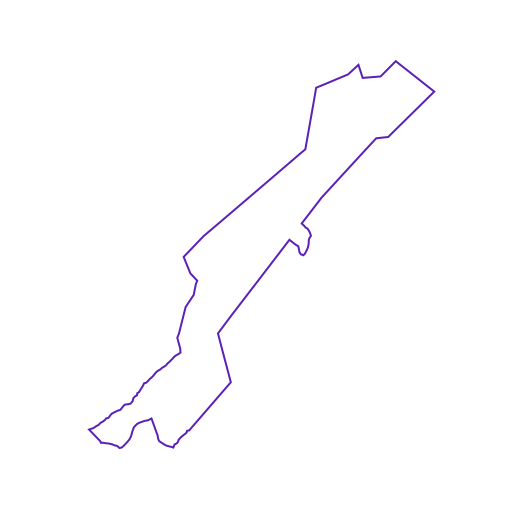 outline of Ribeira do Piauí, Piauí, Brazil, rotated 44°
{"feature_id": "56859067B13441399053941", "entity_name": "Ribeira do Piauí", "entity_type": "district", "adm_level": 2, "iso_a3": "BRA", "parent_name": "Brazil", "parent_adm1": "Piauí", "projection": "equal_earth", "projection_center": [-42.577, -7.944], "detail": "fine", "context": "isolated", "style": "outline", "palette": "violet", "viewbox_px": 512, "rotation_deg": 44, "n_neighbors": 0, "source": "geoboundaries", "source_scale": "gbopen_adm2", "svg_char_len": 1978}
<svg xmlns="http://www.w3.org/2000/svg" viewBox="0 0 512 512"><g transform="rotate(44 256 256)"><path d="M256.5,496.8L272.7,497.4L274.3,498.1L275.5,496.7L277.7,495.3L280.4,493.1L283.6,491.3L286.1,490.3L288.0,489.1L291.3,488.9L292.4,487.1L292.7,484.6L292.7,482.5L292.6,479.1L292.4,476.0L291.8,473.8L290.9,471.6L289.5,469.1L287.9,465.9L287.1,463.7L287.1,459.5L287.7,457.6L288.5,455.7L290.3,452.3L291.3,450.7L292.4,449.3L293.7,445.5L310.2,453.6L312.6,455.5L314.9,456.4L317.9,455.9L319.5,455.6L322.1,455.0L323.8,454.4L327.9,452.0L329.6,451.2L328.3,448.1L329.2,445.7L328.9,443.6L328.0,442.0L327.9,438.4L328.2,435.9L328.8,431.3L327.8,429.7L329.1,427.9L328.6,419.1L325.6,364.3L298.8,348.1L282.4,338.1L279.5,315.0L274.5,270.8L268.8,221.1L276.1,220.4L277.6,220.1L279.8,219.6L283.2,222.1L285.2,223.3L287.2,223.6L289.6,222.5L289.5,220.0L288.3,216.1L287.4,213.8L285.8,211.2L284.4,209.5L282.8,207.7L282.0,206.0L281.5,203.3L278.9,201.9L276.6,201.1L274.0,200.5L271.9,201.1L270.1,200.8L266.3,200.9L262.6,168.3L261.2,111.9L260.7,87.8L268.4,78.6L270.0,13.9L252.3,15.7L250.9,15.8L221.2,18.8L220.9,40.3L209.0,53.8L196.9,47.3L196.1,61.4L182.4,93.2L192.2,107.6L217.4,145.0L216.8,150.3L212.0,201.1L205.9,264.1L205.7,266.2L204.5,277.8L204.6,306.9L220.9,314.1L225.4,314.3L230.9,314.6L232.2,317.9L238.2,327.2L240.8,341.5L243.7,346.6L254.4,365.2L256.2,369.5L261.7,372.8L265.5,375.0L268.8,378.0L268.3,380.6L267.5,383.0L267.2,385.3L267.3,388.2L267.3,391.6L267.0,394.8L267.2,397.2L266.8,399.4L266.2,401.2L265.9,404.3L265.2,406.7L264.9,408.8L265.1,411.7L265.4,414.5L265.0,418.1L265.1,420.1L265.1,423.4L263.9,425.2L264.5,427.0L265.1,428.9L265.7,432.2L266.4,435.0L265.9,437.2L267.2,438.9L266.5,441.0L266.6,443.6L268.1,446.1L268.3,449.2L267.4,451.0L266.2,452.3L264.8,454.3L265.0,458.0L265.3,460.9L263.8,463.7L262.7,466.8L261.7,470.0L262.3,475.0L261.1,476.7L261.2,478.8L260.9,481.5L260.1,483.9L260.1,486.9L259.2,489.6L258.6,492.8L257.3,495.1L256.5,496.8Z" fill="none" stroke="#5b21b6" stroke-width="2"/></g></svg>